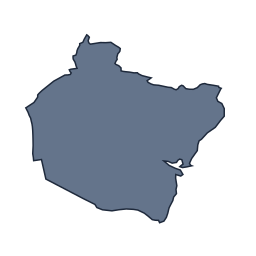 Beaufort, Sabah, Malaysia (Robinson projection), rotated 261°
{"feature_id": "92858781B48397609160298", "entity_name": "Beaufort", "entity_type": "district", "adm_level": 2, "iso_a3": "MYS", "parent_name": "Malaysia", "parent_adm1": "Sabah", "projection": "robinson", "projection_center": [115.744, 5.299], "detail": "fine", "context": "isolated", "style": "filled", "palette": "slate", "viewbox_px": 256, "rotation_deg": 261, "n_neighbors": 0, "source": "geoboundaries", "source_scale": "gbopen_adm2", "svg_char_len": 2166}
<svg xmlns="http://www.w3.org/2000/svg" viewBox="0 0 256 256"><g transform="rotate(261 128 128)"><path d="M152.6,226.3L153.8,224.1L155.1,224.0L155.9,221.7L156.7,219.4L158.7,213.1L159.9,210.8L159.9,208.3L159.4,206.0L158.2,204.4L157.0,202.7L156.0,198.6L156.7,194.6L157.8,191.3L161.1,189.0L161.8,187.6L160.8,185.1L159.1,183.7L158.2,181.5L159.2,179.6L161.2,177.1L162.0,173.9L165.4,165.0L166.6,160.1L168.0,157.5L170.0,154.9L171.8,154.3L172.8,156.6L173.9,158.7L175.2,155.5L176.3,153.0L177.6,150.0L179.8,146.9L181.1,145.9L181.5,142.6L183.0,138.2L183.9,134.7L184.7,132.0L185.5,130.1L188.5,130.5L191.0,128.6L192.7,126.0L193.8,125.2L195.9,126.6L197.4,128.0L199.4,128.0L203.0,129.6L203.9,130.8L205.1,132.0L207.7,132.8L209.3,131.3L211.5,128.6L215.3,124.5L215.8,119.1L216.7,114.2L216.7,110.0L216.7,107.2L216.7,103.9L218.3,102.6L220.5,102.3L223.7,104.0L225.8,102.6L226.5,101.8L222.6,98.7L219.8,96.9L219.4,95.7L218.9,93.5L217.3,93.3L216.1,92.4L214.3,90.9L212.2,89.7L210.5,89.2L208.2,88.0L207.7,85.0L205.9,84.7L204.5,84.7L201.5,85.9L199.7,86.2L197.7,86.4L194.9,87.0L194.9,85.5L195.0,80.8L194.7,79.1L192.9,79.6L191.3,80.5L189.9,79.4L189.8,77.0L190.2,74.0L185.9,62.0L178.6,49.2L177.4,47.4L176.0,45.4L174.8,44.0L172.6,43.6L167.9,39.1L163.9,30.2L159.0,31.8L155.9,32.4L152.9,33.4L150.4,33.5L147.1,33.8L144.5,33.8L140.5,33.5L135.3,32.9L130.9,32.3L125.3,31.5L117.5,29.9L113.7,29.9L110.5,29.7L110.4,37.6L90.4,38.9L64.9,73.3L57.7,83.4L54.3,84.8L51.2,90.0L48.7,99.2L48.7,106.3L48.3,113.6L46.8,120.6L45.4,124.9L41.4,130.7L37.9,134.0L33.7,137.6L32.6,140.6L32.0,143.7L29.5,144.4L30.4,148.9L33.7,151.9L37.7,154.0L41.4,155.5L42.9,156.2L45.8,158.3L49.3,160.9L52.7,162.3L55.6,165.6L59.8,165.8L63.3,167.2L71.0,167.2L74.6,167.9L72.3,172.6L73.5,175.0L78.3,173.1L80.8,168.4L84.6,162.8L89.8,158.3L88.7,162.5L86.4,166.1L86.4,170.5L88.3,172.2L89.2,174.1L88.3,176.2L83.7,176.7L82.5,174.3L81.7,173.1L80.4,175.7L80.4,179.9L80.7,185.1L81.4,184.0L83.5,183.2L87.9,186.1L91.5,189.6L94.8,192.9L100.4,194.3L104.2,196.2L105.4,198.8L110.8,205.6L115.0,214.3L120.9,220.5L124.6,224.9L132.1,226.1L137.5,224.5L140.3,220.9L144.0,220.0L151.9,225.6L152.6,226.3Z" fill="#64748b" stroke="#1e293b" stroke-width="1.5"/></g></svg>